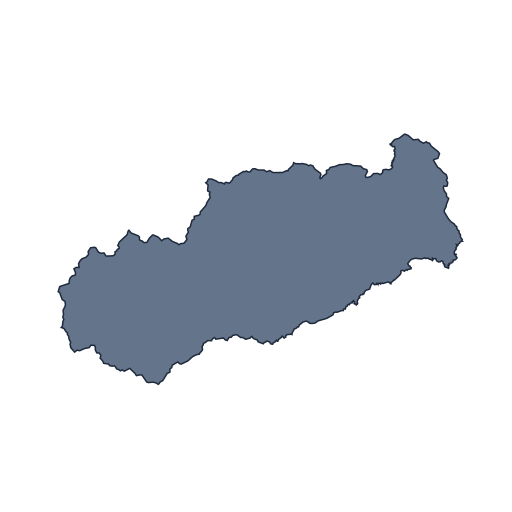 the district of Phrao, Chiang Mai, Thailand, rotated 70°
{"feature_id": "78962969B69125034410503", "entity_name": "Phrao", "entity_type": "district", "adm_level": 2, "iso_a3": "THA", "parent_name": "Thailand", "parent_adm1": "Chiang Mai", "projection": "albers", "projection_center": [99.26, 19.288], "detail": "fine", "context": "isolated", "style": "filled", "palette": "slate", "viewbox_px": 512, "rotation_deg": 70, "n_neighbors": 0, "source": "geoboundaries", "source_scale": "gbopen_adm2", "svg_char_len": 6041}
<svg xmlns="http://www.w3.org/2000/svg" viewBox="0 0 512 512"><g transform="rotate(70 256 256)"><path d="M206.9,56.8L207.3,60.0L204.3,62.7L201.9,63.5L200.6,68.5L194.7,71.8L192.5,74.2L192.4,75.1L194.3,81.2L194.0,85.4L194.5,87.1L196.6,90.5L196.7,91.8L197.6,91.6L197.6,90.5L198.7,90.9L200.2,89.9L200.5,88.4L203.1,88.7L203.6,90.0L204.6,90.4L205.7,89.8L207.8,91.1L208.7,90.8L209.9,91.5L212.2,93.8L212.8,93.6L212.8,94.4L213.5,94.5L213.4,95.2L213.9,95.1L214.4,96.3L215.1,95.9L216.0,97.1L216.9,96.9L217.4,98.1L218.9,97.1L219.7,97.7L220.5,100.0L220.5,101.8L219.1,104.0L218.5,106.8L218.9,107.5L221.1,108.7L222.0,111.4L220.0,113.4L218.8,117.4L220.6,121.1L220.3,124.4L219.7,125.7L218.0,125.9L214.7,122.4L212.7,122.4L210.6,125.3L207.3,126.9L204.1,134.2L202.1,135.7L200.4,139.1L199.7,143.5L198.7,146.2L198.9,150.2L198.2,156.0L199.7,158.1L199.7,160.6L202.7,161.5L203.8,165.7L205.0,167.3L205.3,169.1L204.1,169.2L201.9,167.3L200.3,167.1L194.4,171.0L190.8,171.7L189.1,173.7L189.1,175.7L187.2,177.2L184.8,181.1L184.6,182.8L182.7,187.3L181.2,188.7L183.3,190.3L185.8,196.0L186.9,196.7L186.3,198.3L186.6,202.5L183.4,211.5L180.5,213.8L180.4,217.3L177.9,219.1L175.9,224.6L173.6,227.1L173.0,229.5L175.0,233.1L174.1,234.9L172.8,235.9L173.0,237.4L172.3,238.9L173.3,244.1L174.0,245.1L173.6,247.1L174.7,250.8L176.3,252.0L178.5,256.1L176.5,258.9L176.7,260.3L177.5,261.0L175.2,263.4L174.1,266.2L172.0,267.6L168.6,271.2L167.4,274.3L169.7,276.9L170.0,278.2L172.8,276.7L177.6,279.0L178.7,279.0L180.2,277.4L182.4,278.9L184.6,278.8L185.5,279.3L188.6,283.4L191.6,286.1L195.5,293.3L197.7,294.3L198.1,295.9L197.6,300.5L200.2,301.4L200.6,303.9L205.5,307.4L206.4,308.5L206.9,310.7L208.2,311.3L210.4,311.4L213.4,315.1L216.9,315.3L219.4,319.4L218.6,322.4L219.0,324.7L217.4,325.5L213.9,329.4L209.2,332.4L208.5,336.6L209.4,339.4L204.8,341.4L201.1,345.3L200.9,346.1L202.8,350.1L205.9,353.9L205.1,356.7L203.0,357.8L201.6,359.6L200.5,359.8L198.3,359.1L196.9,359.6L191.6,365.5L188.3,366.6L188.7,367.5L191.9,369.8L196.1,379.6L198.9,382.3L200.9,381.6L202.0,381.9L202.4,384.2L203.5,385.1L203.8,387.0L206.3,387.9L206.8,389.4L206.7,391.0L204.8,396.9L201.1,397.8L200.5,400.6L198.6,402.7L193.4,403.8L192.5,404.9L191.7,408.6L194.5,412.3L196.7,412.6L197.4,413.1L199.0,416.1L199.1,420.7L200.8,423.6L202.6,425.4L206.2,426.2L205.2,429.0L205.8,431.5L209.8,431.3L211.8,432.1L212.2,432.6L211.8,435.4L213.0,438.0L215.1,439.8L217.8,441.0L217.6,450.9L221.9,454.1L223.3,453.0L230.7,453.0L233.4,451.0L237.3,452.0L241.1,455.9L244.9,456.8L247.5,458.5L249.9,458.3L251.4,459.8L255.7,461.9L256.6,463.5L258.3,461.3L262.2,460.4L263.8,459.5L265.3,460.1L267.0,459.5L270.3,460.1L273.7,459.7L275.3,460.9L279.0,461.4L284.3,459.3L283.3,456.4L284.7,454.1L284.3,448.8L285.0,444.0L283.3,441.8L284.8,438.3L287.6,438.3L289.0,439.1L291.7,438.9L292.9,438.5L293.2,436.8L296.2,435.7L298.7,437.4L302.5,435.9L304.7,435.9L307.0,431.7L309.1,430.9L310.5,428.5L310.6,426.9L311.5,426.2L314.6,425.5L315.9,423.7L317.5,422.8L317.4,420.5L319.2,419.2L318.4,413.1L324.8,409.9L327.5,409.3L328.0,405.8L328.9,403.9L337.1,401.8L338.2,400.3L339.3,395.8L341.4,393.0L343.1,391.9L342.9,390.8L341.6,389.2L341.2,386.2L336.0,379.7L335.7,376.6L332.7,375.5L332.0,373.3L330.0,372.2L328.8,365.6L331.1,364.7L332.0,363.2L331.3,355.9L328.8,349.8L328.4,345.0L328.9,342.9L327.4,341.3L327.3,340.3L325.8,338.3L322.6,337.6L321.4,335.9L320.0,335.2L320.0,333.2L319.0,330.4L320.4,326.7L319.2,325.6L318.4,323.3L318.5,322.8L320.4,322.3L321.9,314.7L324.6,313.4L325.6,311.9L323.3,309.2L323.9,306.9L322.6,305.1L323.4,300.9L327.3,298.4L328.2,296.1L330.7,294.3L331.1,289.6L330.1,287.5L332.7,286.6L335.5,283.4L337.3,283.4L338.3,282.4L341.0,279.1L340.2,278.1L340.2,276.3L339.6,275.6L339.9,274.4L341.6,272.6L343.6,272.2L344.6,270.5L343.7,269.8L343.2,267.3L342.1,265.7L343.4,265.2L343.5,264.5L342.1,263.3L341.1,259.8L340.2,259.1L340.7,258.3L342.7,257.7L342.3,255.7L341.3,255.5L340.5,253.9L341.5,249.6L342.1,249.1L340.1,247.9L338.8,246.0L337.8,245.5L337.6,242.8L336.9,241.5L337.2,240.3L335.6,238.8L334.1,234.2L334.4,231.1L335.6,229.7L337.6,228.6L338.6,226.4L339.2,223.4L338.2,220.0L338.8,211.0L337.7,203.9L335.8,202.3L336.0,200.1L336.6,199.0L336.6,193.8L337.2,192.8L335.7,191.3L336.4,190.2L334.3,188.7L334.3,187.3L333.1,186.5L333.0,185.8L333.7,185.1L332.6,183.4L332.9,181.5L331.8,181.1L331.9,180.4L331.3,179.8L332.5,179.1L334.3,180.1L335.2,179.3L335.1,178.6L336.3,178.5L335.6,176.8L333.3,176.4L331.3,174.7L330.7,172.8L329.6,173.0L328.9,172.0L328.3,170.4L328.8,168.7L328.2,168.2L328.4,167.4L327.1,166.7L325.8,164.3L326.0,160.6L322.4,157.6L321.3,155.5L323.5,154.6L323.7,153.3L323.1,152.0L323.9,152.0L323.5,150.9L324.2,150.9L323.5,150.4L324.2,149.4L324.1,148.5L324.9,148.6L324.6,146.5L325.3,146.1L325.5,140.9L327.1,139.1L327.7,139.4L328.3,138.7L327.0,138.0L326.6,136.2L325.7,135.1L326.0,134.2L322.9,127.1L321.5,125.5L319.9,125.3L319.5,124.8L319.8,122.7L321.0,121.9L320.3,119.3L321.1,118.7L320.6,117.9L321.1,114.7L320.0,114.2L319.5,114.8L318.1,114.8L317.4,115.7L315.0,116.0L312.6,112.2L312.3,110.3L312.6,107.1L315.4,101.5L315.4,98.0L316.2,97.7L317.1,94.6L318.3,94.3L319.4,92.3L320.6,91.9L320.1,91.0L318.5,90.8L319.4,90.1L319.8,88.1L322.4,87.9L324.1,86.4L324.5,84.6L324.0,83.5L324.8,82.3L327.3,82.6L328.5,81.5L329.2,82.3L330.8,82.2L333.3,79.3L332.2,78.6L331.6,78.9L330.9,78.0L330.3,78.5L330.2,77.0L329.3,77.2L329.0,75.7L329.5,74.5L328.8,73.8L328.8,72.8L327.3,72.2L327.8,70.4L327.1,68.4L326.1,67.6L324.2,68.4L322.9,67.3L322.6,67.5L323.0,68.6L322.4,69.0L319.7,68.2L317.9,65.4L316.7,65.4L315.4,63.5L313.9,63.7L314.8,62.5L314.0,62.0L313.6,60.3L312.4,59.1L312.7,57.0L312.2,57.3L311.1,56.5L308.2,57.4L305.9,56.6L304.1,57.2L301.6,56.7L300.9,57.4L298.4,57.8L297.1,57.3L295.5,58.4L293.6,58.8L290.7,61.0L287.1,62.4L279.0,64.0L277.3,63.4L274.7,60.5L272.8,59.5L267.8,55.2L265.3,56.6L262.7,55.8L258.9,56.9L255.9,56.6L254.5,55.5L255.6,53.5L255.5,52.3L252.6,50.7L249.8,51.2L248.6,49.8L247.3,49.5L244.7,49.4L241.5,51.6L236.8,53.3L234.9,54.9L226.7,56.5L226.2,55.8L226.4,51.7L222.5,48.5L220.2,49.2L212.6,53.8L209.3,54.4L208.1,56.3L206.9,56.8Z" fill="#64748b" stroke="#1e293b" stroke-width="1.5"/></g></svg>